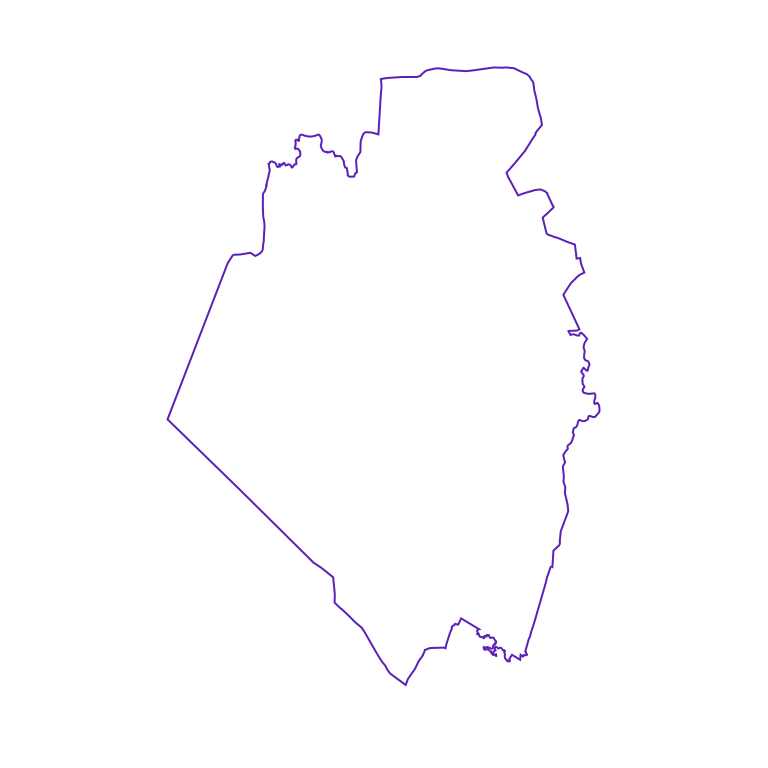 Čornajas pag., Rezeknes, Latvia, rotated 78°
{"feature_id": "27541924B53190553604888", "entity_name": "Čornajas pag.", "entity_type": "district", "adm_level": 2, "iso_a3": "LVA", "parent_name": "Latvia", "parent_adm1": "Rezeknes", "projection": "robinson", "projection_center": [27.431, 56.389], "detail": "fine", "context": "isolated", "style": "outline", "palette": "violet", "viewbox_px": 768, "rotation_deg": 78, "n_neighbors": 0, "source": "geoboundaries", "source_scale": "gbopen_adm2", "svg_char_len": 6131}
<svg xmlns="http://www.w3.org/2000/svg" viewBox="0 0 768 768"><g transform="rotate(78 384 384)"><path d="M373.6,603.1L457.4,547.0L544.2,490.0L550.9,483.4L562.5,473.9L579.2,475.8L587.6,477.8L594.9,472.8L595.2,472.3L604.3,466.0L610.8,461.9L618.1,456.2L619.4,455.9L622.5,454.6L644.3,447.6L650.7,445.4L655.7,443.5L660.0,441.2L663.8,440.3L668.6,438.1L682.9,425.4L677.5,421.9L668.7,412.6L662.3,407.7L657.4,402.3L657.2,402.4L654.8,400.5L652.6,399.3L652.7,398.9L651.9,394.9L651.9,393.5L654.1,381.3L654.4,380.1L655.3,378.8L653.4,378.0L650.6,376.6L640.2,370.6L637.5,368.5L635.8,368.3L634.9,367.3L634.6,365.5L633.4,364.4L634.8,361.5L629.3,357.3L643.7,341.9L643.9,343.7L644.1,343.9L645.5,344.3L646.7,344.1L648.1,344.8L648.3,344.3L647.5,343.8L647.6,343.5L650.8,343.0L651.3,342.4L652.1,340.3L653.4,339.4L653.4,339.2L652.9,338.6L651.9,338.5L651.3,337.8L651.5,337.0L652.3,336.4L652.3,336.1L651.2,335.8L650.9,335.3L651.0,334.7L651.4,334.2L651.6,333.5L653.2,333.5L654.2,333.0L654.7,332.2L654.4,331.0L654.9,329.8L655.5,329.4L657.8,328.7L659.1,327.9L660.4,328.2L661.3,329.0L660.8,329.4L662.7,331.7L663.3,332.0L664.6,332.1L665.2,332.7L665.3,333.7L665.1,334.2L663.2,336.8L662.8,337.7L662.9,340.2L662.1,341.0L662.3,341.3L663.8,341.3L664.7,340.9L664.9,340.2L665.0,337.9L665.6,337.0L667.8,335.5L668.0,334.7L669.5,335.0L671.1,334.1L671.9,333.2L672.0,331.5L672.2,331.1L674.1,330.9L673.3,330.6L671.6,330.7L671.8,331.8L671.5,332.9L669.8,333.2L668.0,331.7L667.9,330.4L666.2,330.8L664.1,329.7L664.3,329.1L665.4,327.9L666.4,327.5L666.5,326.9L666.0,325.2L666.7,324.1L669.0,323.1L669.3,322.0L670.0,321.2L670.4,321.2L670.8,322.0L671.2,322.2L673.3,321.8L675.9,322.6L677.5,322.6L679.2,321.6L680.3,321.4L680.8,320.8L680.0,320.5L680.4,319.6L681.0,319.1L682.1,318.7L678.7,318.3L675.5,315.1L682.0,308.2L677.4,306.7L678.1,306.2L678.2,305.8L678.6,305.4L678.4,305.2L678.6,305.0L679.3,304.9L678.8,303.6L678.4,303.5L678.8,301.7L678.8,300.8L678.5,300.4L678.0,300.4L677.0,301.0L675.7,300.9L675.2,301.5L663.5,295.4L661.7,293.9L656.7,291.4L649.8,287.3L612.3,267.2L607.0,264.7L597.6,259.0L597.3,257.4L597.6,257.2L582.2,252.9L580.0,249.2L579.3,248.4L578.8,247.0L578.2,246.2L577.3,245.5L575.5,244.8L574.4,244.8L564.8,241.7L546.7,230.2L539.9,229.5L528.3,229.7L522.6,228.1L517.3,228.7L516.1,228.6L512.5,227.4L502.4,226.3L501.2,225.7L498.7,223.5L497.6,223.0L495.8,223.5L490.8,223.4L487.7,220.5L485.8,217.9L485.5,217.6L483.4,217.6L482.3,216.9L480.7,213.7L478.8,212.0L473.5,208.8L470.5,209.3L466.9,207.7L466.6,207.2L466.2,205.3L465.8,204.7L464.2,203.4L461.6,202.2L460.1,201.1L459.8,200.3L461.5,197.6L461.8,196.7L462.0,195.2L461.5,193.4L460.8,191.9L458.3,190.6L457.9,190.2L457.9,189.8L458.3,188.8L459.9,186.2L460.0,184.3L456.6,179.8L455.5,179.0L453.3,178.4L449.8,178.1L447.5,178.7L446.9,179.2L447.3,181.2L447.3,181.9L446.5,182.4L444.0,181.7L441.2,180.2L439.6,179.7L438.3,179.6L437.0,180.0L436.8,180.4L436.3,185.6L434.9,189.0L433.8,190.7L432.1,191.1L431.2,190.9L430.3,190.4L428.8,188.7L427.8,188.7L425.4,189.5L424.1,189.6L419.8,188.7L419.3,188.4L418.4,187.3L417.6,186.9L416.2,187.0L413.4,188.5L413.0,188.6L412.4,188.3L411.7,187.4L410.2,186.3L409.6,185.3L413.0,183.0L413.3,182.6L413.3,182.3L411.9,181.3L410.1,180.7L409.0,179.7L407.7,179.0L406.2,179.0L404.3,179.6L403.7,180.2L402.6,182.1L400.3,182.9L396.9,182.1L393.6,180.8L389.9,181.2L388.1,180.6L385.5,179.2L382.1,175.9L377.0,178.7L375.4,180.0L374.7,180.8L374.8,181.4L375.2,181.8L377.2,183.2L376.6,185.3L374.9,187.8L374.7,188.4L374.6,190.1L374.9,191.3L370.6,192.6L370.5,192.4L371.9,183.9L371.1,181.5L334.2,190.0L332.0,188.1L324.4,180.4L319.2,172.5L317.7,169.2L316.7,164.9L307.3,166.2L304.4,166.2L301.7,165.9L301.4,169.5L287.3,168.3L283.3,174.9L277.8,182.8L275.4,187.1L271.8,192.8L270.2,193.7L254.2,194.2L251.1,188.8L246.5,181.4L244.8,181.5L244.5,181.9L231.8,184.8L231.4,184.6L228.9,186.5L226.2,190.6L225.7,195.8L226.5,207.1L227.4,213.6L206.6,219.7L202.8,220.2L195.3,210.2L185.4,197.7L174.4,187.1L171.6,184.0L170.5,183.9L168.7,182.2L163.4,175.6L156.1,175.3L149.4,175.9L145.4,176.0L136.8,175.7L127.6,175.9L121.1,175.3L118.7,175.7L117.0,176.6L113.3,177.8L110.5,180.0L108.2,183.4L102.1,191.3L99.7,198.9L99.4,201.7L97.2,210.9L95.8,231.2L95.1,238.4L91.1,252.9L87.0,263.6L86.1,267.5L86.1,275.4L86.3,277.5L86.7,278.7L87.6,280.5L89.5,283.7L90.1,284.0L90.5,288.2L87.5,302.3L85.5,316.1L85.1,320.7L85.1,323.8L88.7,324.0L92.9,324.6L99.0,326.6L138.7,337.6L135.6,343.4L134.3,347.9L133.9,349.7L134.7,351.8L136.0,352.9L141.6,356.3L152.2,358.9L156.2,362.8L158.9,364.6L161.1,365.1L171.1,366.4L171.5,366.6L171.8,368.1L174.9,370.1L174.0,374.9L172.3,376.1L170.8,375.7L165.3,375.5L164.8,375.6L164.5,376.6L163.6,377.1L161.3,377.3L157.3,377.1L153.1,378.5L152.3,379.1L151.8,379.8L151.6,381.6L150.9,382.8L151.5,383.8L151.1,384.5L149.9,384.4L148.8,384.9L146.7,385.0L145.8,385.7L145.5,387.9L146.1,389.0L145.7,389.8L145.9,391.2L145.2,391.4L144.6,393.6L143.2,395.0L141.9,395.6L139.5,396.2L137.7,396.3L135.7,395.3L133.0,394.2L131.6,394.1L127.6,395.1L126.7,395.7L126.4,396.4L126.9,399.7L126.9,403.1L126.5,405.3L125.1,409.2L123.4,411.7L122.9,413.1L123.1,414.3L123.5,414.7L127.1,416.4L127.9,416.4L128.4,416.7L128.3,417.3L126.9,418.4L126.8,419.5L127.8,420.3L129.2,420.2L130.7,420.4L131.6,420.9L133.0,421.1L134.0,422.1L134.9,422.1L135.8,421.5L135.7,420.0L136.2,419.1L139.3,417.7L142.0,418.1L143.1,418.5L143.9,419.2L144.6,421.5L145.5,422.8L147.3,423.5L150.4,423.9L150.8,424.3L150.6,425.7L150.8,426.0L152.5,427.9L152.6,428.3L153.0,428.5L153.1,429.1L152.8,429.3L150.7,429.8L149.3,431.3L149.2,432.1L149.7,433.4L149.7,434.8L147.4,435.4L146.9,436.1L147.3,437.0L148.4,437.7L148.4,438.1L148.0,438.5L148.4,439.2L147.4,440.2L147.2,440.7L148.2,441.0L149.1,440.3L149.6,440.4L149.7,440.6L149.4,441.5L149.6,442.2L149.6,442.8L148.8,443.5L146.0,444.0L145.0,444.6L144.2,445.4L144.1,445.9L143.2,446.9L142.9,448.2L143.1,449.2L144.6,450.3L144.6,451.1L151.1,451.3L159.1,454.9L165.2,458.0L165.5,457.5L170.1,460.2L172.9,462.9L185.5,465.7L195.0,467.3L201.4,467.5L205.2,468.1L216.9,471.4L219.6,471.9L220.9,472.7L227.0,474.6L228.4,475.3L230.0,477.4L231.1,479.7L232.0,483.3L227.9,487.4L227.4,497.9L226.4,503.9L226.7,505.2L233.2,511.7L373.6,603.1Z" fill="none" stroke="#5b21b6" stroke-width="2"/></g></svg>